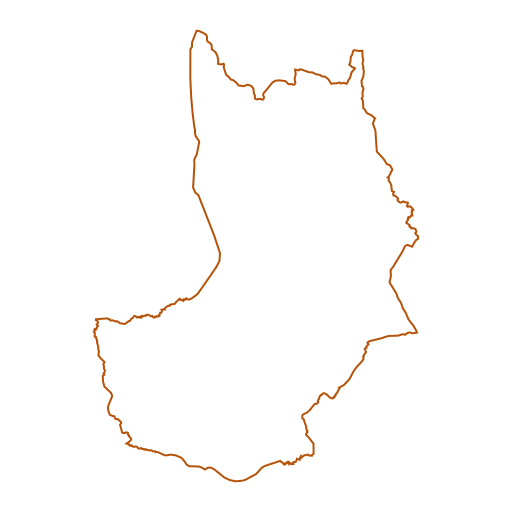 Veun Sai, Rôtânôkiri, Cambodia
{"feature_id": "14789045B84584240899175", "entity_name": "Veun Sai", "entity_type": "district", "adm_level": 2, "iso_a3": "KHM", "parent_name": "Cambodia", "parent_adm1": "Rôtânôkiri", "projection": "orthographic", "projection_center": [106.861, 14.079], "detail": "fine", "context": "isolated", "style": "outline", "palette": "amber", "viewbox_px": 512, "rotation_deg": 0, "n_neighbors": 0, "source": "geoboundaries", "source_scale": "gbopen_adm2", "svg_char_len": 5994}
<svg xmlns="http://www.w3.org/2000/svg" viewBox="0 0 512 512"><path d="M284.8,464.5L285.2,463.3L285.9,463.7L287.5,461.8L288.0,461.8L287.6,462.6L288.5,463.3L289.6,462.7L290.0,463.3L289.8,463.9L290.7,463.4L291.4,463.5L291.7,464.2L293.4,464.1L293.2,462.4L293.8,461.9L295.5,462.0L296.2,461.2L297.0,458.7L299.6,459.9L300.0,458.0L300.8,457.9L300.3,457.2L300.6,456.7L301.5,456.6L301.4,456.1L302.5,456.7L304.2,455.4L307.6,454.7L308.3,454.7L308.9,455.5L311.9,455.7L312.0,455.0L313.6,453.7L313.5,443.8L309.2,438.0L306.1,434.9L306.1,433.8L307.3,432.4L307.0,431.6L307.5,431.0L306.4,429.5L306.2,426.6L304.0,420.6L304.1,419.8L302.3,418.2L302.3,415.5L303.2,414.4L306.6,412.8L309.4,410.5L314.7,404.0L317.2,403.6L318.3,401.9L317.8,400.5L319.2,398.6L319.2,397.3L320.8,395.0L321.6,395.0L323.0,393.3L324.5,393.3L326.1,394.0L330.6,398.1L332.9,398.4L333.4,397.4L334.4,397.3L334.8,396.7L334.6,395.8L335.9,394.9L336.0,393.9L337.5,392.3L337.9,390.8L339.2,389.2L339.5,388.2L339.0,387.7L343.9,385.0L348.4,380.3L349.9,378.4L353.3,371.8L356.2,367.5L361.4,362.0L363.5,359.0L363.2,356.7L363.8,356.1L363.9,354.9L366.0,352.1L364.8,348.8L365.8,347.9L366.5,347.8L366.4,346.4L368.5,344.3L367.4,342.7L367.7,342.3L369.1,341.3L380.4,338.5L388.3,336.0L398.5,335.6L402.1,334.3L404.5,334.4L405.0,334.8L408.0,332.7L410.4,332.5L412.5,333.3L417.0,332.6L416.1,330.3L413.4,325.7L408.5,319.4L405.7,312.7L403.1,308.7L400.8,302.5L397.9,298.1L396.3,293.4L389.5,282.4L390.9,276.4L390.6,270.1L393.2,266.7L402.7,251.1L404.9,246.3L406.4,245.2L407.8,245.0L412.1,246.7L414.8,241.8L416.2,240.0L418.0,238.9L418.1,236.4L415.5,233.9L415.3,233.0L416.1,232.4L416.4,231.4L415.4,229.0L413.0,228.1L411.5,228.4L411.3,227.5L409.8,227.1L409.4,226.2L409.7,225.2L406.2,222.7L408.3,219.4L408.4,218.8L407.9,218.8L408.4,217.1L410.1,217.2L410.9,215.7L412.4,215.5L411.6,212.6L412.1,212.3L411.7,210.4L413.3,209.9L412.4,208.4L410.3,206.4L407.4,206.7L407.0,206.0L407.8,203.9L407.7,202.5L405.3,202.4L403.6,201.4L400.9,202.6L399.8,202.4L397.8,200.8L397.5,200.0L398.1,198.9L397.6,197.8L394.9,195.6L393.5,195.5L393.1,193.8L394.0,191.9L391.8,190.9L391.3,185.1L389.8,182.0L388.7,180.8L388.8,177.9L387.8,177.4L388.7,176.6L390.6,173.3L390.6,172.3L392.2,170.2L392.1,168.9L389.8,165.1L386.9,164.2L383.6,158.9L377.1,151.9L376.7,150.3L375.4,130.5L372.9,123.6L374.6,118.9L375.1,118.5L371.6,115.4L366.8,113.0L364.7,109.4L363.3,108.2L363.0,101.1L361.6,98.5L362.7,96.9L362.5,92.1L363.5,89.1L362.8,86.8L362.0,86.2L361.5,80.8L363.3,76.7L363.8,71.8L363.7,69.8L363.0,68.5L363.4,67.1L362.5,63.8L363.3,59.9L362.5,56.7L362.4,50.8L359.0,51.0L354.3,50.2L353.6,50.4L353.0,51.4L352.2,54.7L350.8,56.8L350.4,61.8L349.2,64.7L352.6,67.3L354.8,68.0L354.8,68.7L351.6,72.3L350.0,77.9L348.1,80.7L347.4,82.9L346.5,83.8L343.7,82.8L340.5,83.5L339.5,82.4L336.0,83.5L334.2,83.3L331.2,83.7L328.4,79.3L324.8,76.5L322.6,76.6L319.7,74.9L315.6,74.1L312.5,72.4L309.2,72.3L300.4,69.2L299.8,69.3L298.8,70.4L295.1,69.6L295.7,74.4L294.6,78.5L295.4,83.0L294.3,84.7L293.2,84.8L291.8,84.1L288.5,84.2L285.4,81.1L279.8,80.4L275.7,80.6L272.5,82.5L263.3,93.6L263.1,95.0L264.1,97.4L263.3,99.4L262.0,99.7L260.3,98.8L256.4,99.4L254.8,98.4L255.0,95.9L253.9,93.4L253.4,88.6L251.7,86.3L249.6,85.2L247.0,84.8L244.1,86.2L238.6,85.5L236.5,82.8L233.2,80.2L230.8,79.5L229.1,77.2L226.6,75.2L225.8,73.9L223.7,67.2L224.1,64.3L223.6,63.8L221.1,64.4L218.2,64.0L217.9,62.9L218.4,61.0L217.4,56.0L215.6,52.3L211.8,49.3L211.7,45.8L211.2,44.4L210.2,43.2L207.6,41.5L207.1,40.3L207.0,37.3L206.4,35.0L203.0,32.8L198.9,31.0L196.6,30.7L192.0,42.6L192.0,46.9L190.4,49.2L190.3,77.9L191.2,97.2L192.7,114.2L194.5,128.1L195.0,129.4L195.0,132.7L195.6,136.1L198.9,140.8L199.2,142.0L196.9,153.9L194.2,159.8L194.4,165.3L193.1,187.6L195.4,192.7L198.4,195.2L214.3,235.9L220.0,253.2L219.5,260.7L216.7,266.4L210.4,275.7L198.1,293.3L196.1,295.2L191.7,298.4L188.8,299.6L186.6,299.2L186.3,298.4L184.8,299.7L184.1,299.2L183.3,299.6L183.7,300.2L183.4,300.9L181.5,299.7L180.4,300.0L179.6,298.8L176.0,302.1L174.9,303.8L169.9,304.7L170.0,305.5L167.1,306.3L164.5,308.7L164.7,309.5L163.2,309.3L161.6,309.8L162.2,310.5L161.4,312.5L160.8,313.1L160.1,312.8L158.9,315.6L159.3,315.9L158.1,316.6L156.8,316.1L155.9,317.0L155.3,316.7L155.1,317.3L154.2,317.6L153.0,317.1L152.4,316.0L151.4,316.4L148.5,314.8L146.6,314.8L146.2,315.5L145.5,315.3L144.7,316.0L142.9,316.2L140.9,317.8L140.3,317.6L140.8,316.4L139.1,317.2L138.2,316.9L137.6,317.6L136.8,317.4L135.6,316.2L134.1,316.0L132.9,317.8L130.8,319.2L130.3,320.6L129.5,321.2L128.8,321.1L124.9,324.0L120.3,323.3L116.7,321.1L115.8,321.6L113.0,320.4L110.4,320.5L110.0,319.4L109.1,319.5L107.4,318.4L96.0,319.2L95.8,320.1L97.7,321.3L98.0,323.0L96.7,324.5L98.0,325.9L96.8,327.1L96.4,329.3L94.8,328.9L94.4,329.5L95.1,330.2L93.9,331.6L94.8,332.8L94.7,336.6L95.9,336.9L96.4,339.0L97.0,339.6L96.9,341.2L97.4,342.0L97.1,343.2L98.4,346.7L98.1,348.5L98.9,351.3L98.4,354.8L98.7,356.1L99.5,356.5L100.4,358.1L104.6,362.0L103.3,364.1L104.0,366.2L103.9,368.5L104.9,370.4L104.5,372.5L103.9,372.9L103.7,373.7L104.3,374.7L103.0,375.5L102.8,376.3L103.0,381.4L104.4,386.5L111.0,392.9L112.0,395.1L111.9,397.0L108.4,405.5L107.9,408.2L108.3,410.4L109.7,414.7L112.8,416.1L114.2,416.1L115.4,418.9L118.0,419.2L121.1,422.2L121.1,423.4L120.0,424.6L122.2,432.7L124.4,433.1L126.1,432.3L127.9,432.8L127.9,434.4L128.9,435.1L128.8,436.2L130.6,437.8L131.2,438.9L131.0,439.8L129.4,441.5L126.5,443.6L129.2,444.4L129.5,445.5L130.5,445.8L131.4,445.2L132.3,446.3L133.8,446.9L135.5,446.4L136.8,446.7L138.4,448.5L140.3,448.6L140.7,448.1L141.9,448.4L142.6,449.1L143.9,449.0L144.4,449.7L145.8,449.2L146.1,449.7L150.0,450.5L151.4,450.3L152.9,451.3L155.1,451.3L155.7,452.2L157.0,452.0L158.4,452.4L164.5,455.2L166.4,455.4L170.9,454.6L175.8,455.4L181.5,457.8L184.8,461.7L186.3,464.2L189.0,466.2L198.6,466.5L201.2,467.3L205.0,469.5L208.2,467.6L210.9,467.6L214.3,469.4L224.6,477.7L229.7,480.0L235.5,481.3L242.4,480.7L245.2,479.9L255.4,474.4L257.0,473.1L261.6,467.9L264.7,466.0L280.2,460.9L280.8,461.7L281.9,462.0L284.2,464.7L284.8,464.5Z" fill="none" stroke="#b45309" stroke-width="2"/></svg>